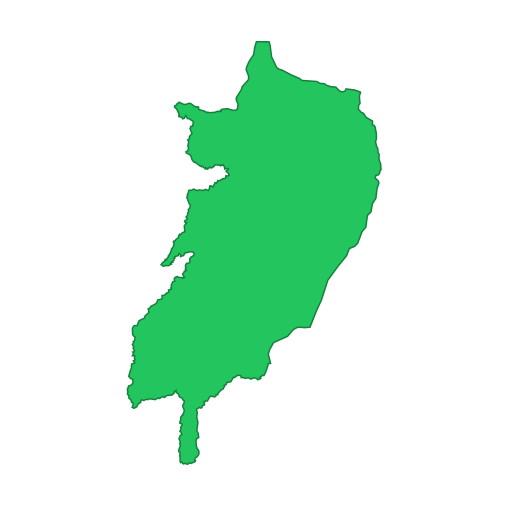 outline of May, Phôngsali, Laos, rotated 186°
{"feature_id": "54806243B58703699561211", "entity_name": "May", "entity_type": "district", "adm_level": 2, "iso_a3": "LAO", "parent_name": "Laos", "parent_adm1": "Phôngsali", "projection": "robinson", "projection_center": [102.865, 21.419], "detail": "fine", "context": "isolated", "style": "filled", "palette": "green", "viewbox_px": 512, "rotation_deg": 186, "n_neighbors": 0, "source": "geoboundaries", "source_scale": "gbopen_adm2", "svg_char_len": 6100}
<svg xmlns="http://www.w3.org/2000/svg" viewBox="0 0 512 512"><g transform="rotate(186 256 256)"><path d="M261.3,455.7L263.8,466.2L265.3,470.4L278.0,469.2L279.1,463.3L279.4,456.1L283.2,448.7L285.1,442.9L285.3,440.3L282.2,434.3L281.9,430.6L287.4,423.0L288.2,419.3L291.9,412.0L292.1,409.6L289.7,404.9L289.9,400.2L291.2,398.9L294.0,398.5L299.8,399.5L305.2,398.4L306.5,397.2L305.7,396.4L306.0,395.9L309.6,395.9L311.5,394.7L317.4,393.6L319.0,394.1L320.0,393.4L321.7,394.5L328.5,395.8L328.5,397.7L329.3,398.4L331.2,398.0L333.4,398.7L336.8,400.8L338.4,400.9L342.0,399.3L343.8,399.3L348.6,400.9L348.9,400.1L350.3,399.5L350.7,398.0L352.6,396.8L352.6,395.5L350.3,394.0L347.0,388.4L347.6,387.3L347.2,386.5L344.7,386.4L343.2,384.7L341.8,385.5L340.5,388.3L338.6,385.5L336.7,385.5L332.3,383.1L332.6,378.7L334.5,378.0L334.4,377.1L335.0,376.0L332.5,371.1L334.7,367.9L334.4,366.0L336.1,364.2L334.9,363.1L335.3,358.1L334.4,356.7L334.7,353.6L336.5,352.5L336.2,351.2L332.3,349.8L330.7,347.7L329.8,345.2L327.5,342.8L326.0,342.7L320.7,339.5L319.7,339.7L319.2,339.0L318.4,339.6L316.7,338.2L315.9,338.4L315.5,337.2L314.9,337.3L314.8,338.2L313.1,337.3L312.7,338.5L311.6,338.8L311.6,339.4L309.7,338.9L308.7,339.3L308.4,340.1L307.4,340.3L306.2,342.4L301.3,342.5L300.7,342.0L300.2,342.8L299.5,343.0L299.2,342.5L297.9,343.2L296.7,341.2L296.2,339.2L293.7,340.2L292.5,340.0L292.5,339.2L294.6,337.5L294.5,336.9L292.5,335.7L291.2,333.7L292.6,332.5L294.3,332.7L294.3,330.5L294.8,330.0L296.8,329.6L300.6,326.8L301.9,327.1L302.7,324.4L304.4,324.8L306.0,320.1L308.3,321.2L309.2,320.9L309.6,317.2L310.3,316.2L313.3,317.0L315.1,315.7L319.5,315.8L321.6,314.8L324.9,316.1L327.0,314.6L329.3,314.5L329.8,313.9L330.1,311.1L330.8,309.8L330.2,308.8L331.0,307.2L327.7,300.7L326.5,299.7L327.1,296.2L328.2,295.2L327.6,293.2L328.4,291.9L328.4,289.1L329.6,287.5L328.2,285.9L328.9,284.6L330.2,284.0L330.7,283.0L329.6,281.6L328.5,281.7L330.5,278.4L329.3,272.6L331.6,271.6L333.3,269.4L334.1,269.7L334.9,268.4L335.2,266.0L337.3,264.2L338.0,262.6L339.3,262.3L339.7,261.2L338.8,260.4L339.1,256.8L340.9,253.9L340.6,252.8L341.3,251.5L341.4,249.6L342.2,249.1L342.6,247.3L343.2,247.0L343.2,245.5L343.9,245.0L344.7,242.6L345.9,243.2L346.2,241.4L347.9,240.0L349.5,237.5L347.2,236.1L344.5,237.1L342.0,237.2L340.8,238.0L340.4,239.3L339.2,239.0L339.6,240.8L338.2,241.0L338.6,241.6L337.2,243.0L337.4,244.7L336.4,245.5L337.0,246.7L333.3,248.3L333.0,250.3L331.1,249.3L331.0,247.6L328.1,248.9L326.9,251.5L321.9,253.4L318.8,253.2L318.0,252.4L317.7,251.1L318.5,249.5L320.7,248.0L321.6,246.3L321.1,242.8L322.2,241.8L324.1,241.6L324.9,240.2L325.2,239.0L324.6,237.4L325.0,235.8L323.7,234.3L325.7,233.4L326.0,231.9L327.1,230.7L326.4,228.9L324.8,227.3L326.5,226.8L326.6,226.2L328.1,226.8L331.6,226.7L332.3,227.4L334.2,226.3L335.0,224.8L334.2,222.6L336.0,221.7L337.3,218.3L336.9,216.4L337.4,215.2L336.7,214.7L337.0,213.8L339.4,213.0L339.1,210.8L341.0,209.8L343.3,207.2L345.3,207.0L345.0,203.4L349.2,202.0L349.7,199.3L351.6,197.3L355.2,195.1L356.3,193.0L357.7,192.3L356.6,188.6L360.0,185.0L360.3,183.2L361.2,181.8L362.8,181.3L365.7,179.2L366.9,174.3L369.7,174.1L370.7,172.9L371.3,171.0L370.5,165.0L369.1,163.4L367.7,162.9L368.0,159.0L369.2,158.0L368.6,157.0L369.7,154.9L368.0,152.9L368.6,151.5L366.9,148.7L367.2,148.0L368.6,147.6L367.5,146.1L368.5,143.9L366.1,144.1L366.3,142.2L365.5,140.1L367.1,138.9L365.3,137.2L365.6,136.6L367.9,136.0L368.5,134.9L368.1,131.3L368.8,129.9L370.0,123.0L367.9,121.0L365.8,120.5L365.0,117.3L366.3,114.8L369.1,113.4L370.0,109.3L369.3,108.0L369.4,105.0L367.9,104.0L367.5,101.2L365.8,100.2L364.6,98.6L364.7,97.7L362.7,96.8L362.7,94.4L363.4,92.6L361.4,91.8L358.9,93.5L357.7,96.5L355.3,98.5L355.4,100.2L354.8,101.0L352.3,100.6L350.8,101.8L348.5,101.9L346.7,102.9L341.3,102.6L338.5,104.6L337.2,104.2L334.1,106.5L332.2,105.7L330.3,107.9L325.1,108.9L323.2,110.8L323.1,112.5L321.4,114.0L321.3,112.2L318.4,110.4L317.9,108.5L316.9,107.6L314.6,107.0L313.7,105.3L312.2,104.6L312.3,101.7L313.2,99.9L312.8,98.0L311.2,95.1L311.3,93.9L311.6,91.8L312.4,91.0L312.2,89.8L313.2,89.3L314.0,87.9L313.8,85.1L314.5,82.5L314.2,81.7L311.9,81.2L311.7,80.4L313.0,77.8L312.5,76.6L313.3,73.5L312.1,72.9L311.2,70.8L312.6,69.5L313.5,66.1L312.0,63.8L311.9,62.2L312.3,61.7L311.4,59.6L312.6,54.9L312.2,53.1L310.9,52.8L311.0,49.1L310.6,48.9L310.0,43.7L309.2,42.6L308.4,43.2L306.5,41.6L304.4,42.4L302.9,41.7L301.5,42.2L300.8,43.4L299.1,42.9L295.2,45.0L294.8,46.1L295.5,46.3L295.5,48.0L294.9,49.2L293.6,50.1L292.2,52.6L292.2,55.3L293.3,57.4L294.2,58.0L295.5,60.9L296.4,65.6L296.0,68.0L294.0,69.4L294.9,73.5L296.6,76.2L296.4,84.6L298.1,89.5L298.0,94.1L299.3,97.3L296.3,99.6L295.4,99.0L294.0,99.4L293.7,101.3L291.6,102.7L292.6,105.5L291.7,105.6L291.4,106.6L289.2,106.7L287.2,111.3L285.8,111.9L282.3,111.5L281.3,112.6L281.1,113.9L280.3,113.7L279.4,114.4L279.3,115.6L276.6,119.2L274.7,120.4L274.3,122.2L273.6,122.8L274.1,124.3L272.3,125.0L271.6,127.3L268.0,128.2L265.8,132.9L264.6,132.9L261.8,135.5L259.1,135.5L258.3,134.7L258.0,133.4L256.8,133.8L254.0,133.2L250.9,134.1L248.1,133.0L246.2,134.3L243.3,134.6L241.2,133.1L238.6,134.6L239.3,135.1L239.3,136.2L238.3,136.3L237.6,137.9L235.6,137.9L234.1,141.9L232.8,148.0L232.8,150.0L230.3,150.7L233.5,159.6L232.7,164.1L229.5,171.7L216.3,179.4L211.2,186.7L206.8,189.7L200.4,189.8L194.9,190.8L190.1,208.0L186.4,218.8L182.0,239.6L172.8,255.3L166.0,265.6L163.9,273.2L158.9,275.9L156.2,279.3L153.1,291.3L149.8,296.0L149.4,307.9L146.2,312.1L145.7,320.2L142.8,325.9L142.7,335.7L141.4,341.4L142.3,343.5L145.6,345.9L145.2,348.6L142.7,349.5L141.7,351.5L141.6,353.7L140.7,354.8L141.6,360.3L143.8,365.0L144.2,370.2L145.4,371.4L146.1,375.6L147.5,377.6L149.1,382.1L148.5,385.2L149.1,390.3L151.1,396.9L152.1,398.2L153.9,398.5L154.2,402.4L161.2,405.5L163.2,408.3L164.5,409.4L166.4,409.9L169.5,412.8L169.7,416.5L168.5,418.7L169.7,424.3L169.8,426.9L169.1,429.4L169.6,430.1L175.2,431.4L183.9,431.6L184.5,429.7L186.5,428.3L188.0,428.3L190.1,428.8L194.3,432.3L199.4,432.2L203.5,433.1L206.1,434.5L210.7,434.4L213.7,435.9L228.7,435.4L231.3,437.1L239.9,439.8L249.8,443.7L252.8,444.2L255.2,445.8L261.3,455.7Z" fill="#22c55e" stroke="#15803d" stroke-width="1.5"/></g></svg>